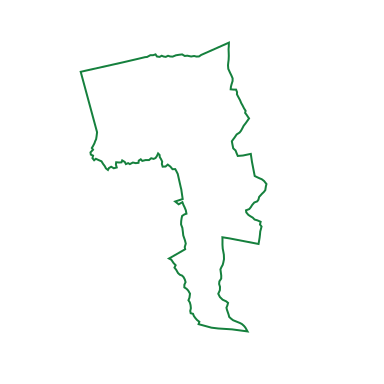 Campina Grande, Paraíba, Brazil (orthographic projection), rotated 71°
{"feature_id": "56859067B75608980629156", "entity_name": "Campina Grande", "entity_type": "district", "adm_level": 2, "iso_a3": "BRA", "parent_name": "Brazil", "parent_adm1": "Paraíba", "projection": "orthographic", "projection_center": [-35.922, -7.27], "detail": "fine", "context": "isolated", "style": "outline", "palette": "green", "viewbox_px": 384, "rotation_deg": 71, "n_neighbors": 0, "source": "geoboundaries", "source_scale": "gbopen_adm2", "svg_char_len": 3246}
<svg xmlns="http://www.w3.org/2000/svg" viewBox="0 0 384 384"><g transform="rotate(71 192 192)"><path d="M42.1,258.1L104.6,262.3L108.3,264.1L110.9,265.5L112.4,267.0L114.2,268.4L116.3,270.6L117.8,272.4L119.8,271.8L121.5,275.1L123.7,275.5L125.4,273.7L127.6,275.1L130.1,274.2L129.3,272.1L131.5,269.8L133.5,267.6L136.6,266.9L139.0,266.1L141.6,265.7L143.8,264.3L142.3,262.7L141.8,260.2L144.1,258.2L144.3,255.2L141.2,255.0L139.2,254.0L140.4,251.3L141.0,249.0L139.4,247.7L141.7,245.8L144.1,245.4L143.9,243.0L145.4,241.7L144.9,238.3L146.4,235.8L147.0,233.1L145.0,232.1L144.4,229.8L146.4,228.9L146.7,225.4L147.8,222.2L146.8,219.6L148.2,217.5L148.0,215.4L146.5,213.4L144.5,211.5L146.4,210.6L148.5,211.1L150.7,210.6L153.6,210.3L155.7,211.4L158.5,211.5L159.3,208.7L158.2,206.0L160.9,204.2L164.1,203.0L164.9,200.4L167.2,200.0L170.3,199.6L183.8,201.1L186.1,201.3L195.6,203.1L195.5,211.0L199.3,208.6L198.5,204.4L201.6,204.3L203.9,204.0L207.3,203.8L210.7,204.3L210.7,206.4L211.4,209.1L213.3,210.3L216.0,211.7L219.1,212.9L222.8,212.8L227.1,213.7L230.2,214.4L232.5,214.4L235.5,214.4L238.8,214.7L241.7,216.8L243.9,217.1L247.4,235.4L249.3,233.6L253.1,232.6L255.9,231.3L257.8,233.2L260.3,232.3L264.1,231.6L266.3,230.4L267.8,228.6L269.7,227.7L272.4,227.3L275.1,227.4L277.2,229.4L279.7,230.3L281.7,228.7L283.9,227.7L287.5,227.0L291.1,228.8L293.2,230.6L295.7,230.0L298.5,230.2L301.5,230.9L303.9,232.4L306.2,232.7L307.5,230.7L309.9,230.6L312.2,229.9L314.7,228.9L317.1,227.3L319.1,228.8L326.6,217.8L329.6,211.6L334.9,198.9L341.9,184.9L337.5,185.7L335.4,186.5L333.1,187.8L331.5,189.3L326.6,194.9L324.3,196.4L322.2,197.5L319.9,197.3L317.0,197.3L314.7,197.3L312.6,197.1L310.8,195.5L308.6,194.0L306.5,195.3L303.8,198.1L300.4,199.8L296.8,200.3L293.9,197.6L290.8,196.4L287.8,196.3L285.4,195.2L283.4,192.6L280.7,191.6L277.8,191.0L274.4,190.3L272.5,188.5L270.9,186.7L268.8,185.3L265.9,183.6L261.7,182.3L257.8,181.7L255.6,181.4L251.9,180.4L247.6,178.9L244.7,178.0L248.1,171.6L262.8,146.0L259.7,144.3L257.1,142.9L254.4,141.6L251.5,140.3L249.6,139.0L247.3,137.5L244.9,138.3L242.5,136.8L240.1,139.4L238.4,141.8L236.0,142.9L233.9,144.7L231.9,146.2L229.0,147.3L226.9,146.9L226.8,143.4L225.4,141.2L223.9,139.4L222.2,136.5L222.1,133.4L220.9,131.7L218.5,130.1L216.4,126.3L215.4,124.1L214.1,122.1L210.7,120.3L208.7,119.0L205.0,120.3L202.6,121.9L201.3,123.4L199.3,125.5L197.3,127.5L183.1,125.5L175.1,124.0L174.1,131.9L172.8,137.0L169.9,137.2L166.9,137.3L164.2,138.8L160.2,138.3L157.0,137.8L155.7,136.0L154.5,134.2L152.1,131.0L151.3,127.7L150.1,125.8L148.4,123.9L146.2,121.6L144.6,119.1L142.8,116.6L141.0,114.1L138.9,114.7L136.9,115.2L134.5,116.0L132.7,114.9L129.7,115.6L126.7,116.0L124.0,116.5L120.7,116.7L117.1,117.3L114.2,117.7L112.3,116.9L109.5,117.0L108.6,119.6L107.5,122.0L105.1,120.9L103.0,119.5L100.3,117.5L97.8,116.6L94.8,116.8L91.6,117.2L87.4,117.6L83.9,116.7L81.3,115.5L79.1,114.4L75.3,112.9L72.1,111.9L68.8,110.9L66.5,109.9L62.8,108.5L65.4,138.7L66.1,141.2L65.4,143.7L64.1,145.7L63.6,148.7L61.6,152.0L61.0,154.6L58.7,156.5L58.1,159.3L57.5,162.7L57.7,166.2L56.7,168.6L55.4,170.3L55.7,172.8L54.7,174.7L53.3,176.3L53.7,178.6L52.5,181.0L50.0,181.7L50.0,184.1L49.1,186.9L49.7,190.5L49.2,192.5L48.5,199.8L46.9,215.3L42.1,258.1Z" fill="none" stroke="#15803d" stroke-width="2"/></g></svg>